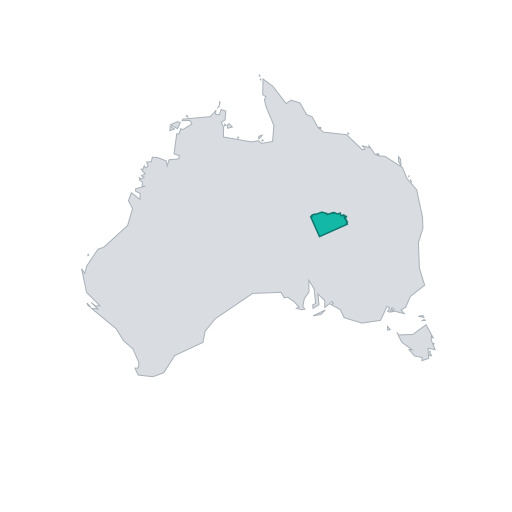 Bulloo, Queensland, Australia (highlighted), rotated 336°
{"feature_id": "25037944B79296808644120", "entity_name": "Bulloo", "entity_type": "district", "adm_level": 2, "iso_a3": "AUS", "parent_name": "Australia", "parent_adm1": "Queensland", "projection": "mercator", "projection_center": [143.553, -27.831], "detail": "fine", "context": "in_parent", "style": "filled", "palette": "teal", "viewbox_px": 512, "rotation_deg": 336, "n_neighbors": 0, "source": "geoboundaries", "source_scale": "gbopen_adm2", "svg_char_len": 6239}
<svg xmlns="http://www.w3.org/2000/svg" viewBox="0 0 512 512"><g transform="rotate(336 256 256)"><path d="M340.5,108.0L345.5,129.0L351.6,127.9L358.5,134.2L359.7,147.2L363.9,151.7L364.9,163.9L367.9,170.2L388.2,182.1L396.2,201.9L398.6,202.9L398.9,199.3L403.4,203.0L404.1,201.2L406.0,211.3L408.6,214.3L414.4,217.5L425.8,234.9L425.4,246.6L429.7,260.9L423.9,288.2L419.9,298.3L409.8,309.9L400.4,333.3L398.2,351.3L380.6,355.7L371.9,363.7L366.5,364.4L368.0,369.0L359.5,362.3L360.7,360.7L360.1,359.1L358.6,359.0L355.7,361.9L353.7,360.1L357.1,357.4L355.1,355.4L343.6,365.4L325.5,360.4L311.5,348.3L311.1,339.0L304.6,330.6L307.3,331.0L307.2,328.5L297.9,331.0L300.7,324.8L297.1,315.9L293.7,326.1L286.8,327.1L287.9,323.7L291.1,323.7L295.7,309.9L294.4,299.7L289.8,310.4L282.9,314.5L278.3,321.0L279.0,324.4L276.2,323.9L271.7,320.3L274.5,320.2L272.5,313.8L268.3,306.6L264.7,305.6L264.1,299.4L237.7,288.8L193.1,296.8L178.8,304.1L172.5,313.3L141.3,313.9L124.3,325.1L112.8,324.4L99.9,316.8L99.8,309.2L102.9,310.5L105.7,305.9L105.8,290.8L100.5,279.4L98.6,265.5L84.4,236.9L89.9,240.0L86.6,231.4L89.0,236.4L93.2,238.0L86.4,220.4L91.5,196.7L92.5,202.3L97.4,196.2L114.4,185.5L120.4,186.1L151.1,175.9L162.6,162.4L161.9,153.7L167.9,147.5L173.0,157.1L175.7,151.8L172.4,147.9L173.4,145.6L183.3,147.2L180.2,146.2L182.3,142.4L180.5,139.1L185.8,138.6L183.9,136.1L188.3,135.8L186.8,132.2L190.6,128.1L190.9,130.6L194.0,130.2L194.3,125.7L198.7,127.3L201.5,123.6L206.3,126.2L212.6,132.5L211.5,137.6L215.8,132.7L224.9,135.9L226.7,133.2L222.7,129.3L233.3,112.1L235.4,113.2L239.0,109.0L240.3,110.8L251.1,109.4L250.8,105.3L243.5,102.3L244.7,101.2L270.9,110.1L278.5,106.8L276.7,110.2L279.9,112.1L283.8,108.0L287.3,111.4L283.1,119.1L278.6,119.8L278.8,125.3L274.5,134.0L298.4,150.0L304.9,151.6L307.0,155.4L317.7,158.1L325.4,144.2L325.9,124.1L327.2,116.6L329.9,114.8L327.8,111.4L334.4,97.1L340.5,108.0ZM353.7,385.9L367.3,391.5L383.5,388.0L384.6,403.5L383.5,400.7L381.9,404.0L381.5,414.5L375.7,410.2L372.1,419.8L365.0,419.1L366.4,416.3L360.2,411.8L357.8,403.7L360.5,405.1L354.1,394.1L353.7,385.9ZM231.3,101.3L238.8,101.3L241.1,103.4L236.1,107.7L231.3,101.3ZM283.8,333.9L297.3,333.5L291.6,335.8L283.8,333.9ZM285.3,124.2L286.8,128.5L282.1,127.8L282.8,124.7L285.3,124.2ZM425.1,232.8L424.7,227.6L426.6,223.2L427.4,226.3L425.1,232.8ZM379.7,377.0L384.2,378.3L384.4,380.4L379.7,377.0ZM230.5,102.6L233.1,106.8L228.3,106.5L230.5,102.6ZM348.7,377.9L346.2,377.3L347.5,373.8L348.7,377.9ZM310.8,148.2L308.5,149.5L306.2,150.2L307.3,147.7L310.8,148.2ZM84.4,235.7L82.5,233.1L82.3,230.8L82.6,230.6L84.4,235.7ZM383.4,382.4L385.1,383.9L381.8,382.7L383.4,382.4ZM407.6,212.0L409.4,212.0L409.3,214.3L407.6,212.0ZM365.5,163.7L367.5,165.0L367.2,165.8L365.5,163.7ZM375.6,415.9L375.8,418.5L374.0,417.7L375.6,415.9ZM428.1,248.6L428.3,251.6L428.0,251.5L428.1,248.6ZM250.4,101.1L249.2,100.0L250.0,99.4L250.4,101.1ZM285.5,101.3L283.7,103.5L285.9,99.8L285.5,101.3ZM428.4,245.1L427.5,246.1L428.1,245.0L428.4,245.1ZM288.3,140.6L287.3,141.0L287.8,140.0L288.3,140.6ZM281.6,124.1L280.3,124.3L281.1,122.9L281.6,124.1ZM103.6,185.6L103.2,187.4L102.6,187.3L103.6,185.6ZM332.1,96.1L332.1,97.6L331.6,96.5L332.1,96.1ZM358.6,359.9L358.9,361.0L358.5,360.7L358.6,359.9ZM283.2,104.1L280.8,105.5L283.3,103.7L283.2,104.1ZM187.0,130.1L186.1,131.1L186.6,129.9L187.0,130.1ZM376.5,414.0L375.7,414.5L376.2,413.6L376.5,414.0ZM309.7,153.3L308.3,153.3L309.0,152.4L309.7,153.3ZM181.9,137.9L181.2,138.4L181.2,137.1L181.9,137.9ZM383.1,408.6L381.9,409.3L382.3,407.9L383.1,408.6ZM333.0,92.2L332.8,93.2L332.1,92.7L333.0,92.2ZM357.9,361.4L359.1,362.5L357.2,362.2L357.9,361.4ZM390.6,182.0L389.7,182.1L390.1,180.9L390.6,182.0ZM398.2,199.2L397.7,199.2L398.0,198.2L398.2,199.2ZM354.2,384.1L353.9,385.0L353.6,383.8L354.2,384.1Z" fill="#d9dde1" stroke="#a8b0b8" stroke-width="1"/><path d="M351.6,264.1L351.5,263.7L351.7,263.4L351.8,263.4L352.0,263.4L352.2,263.2L352.3,263.2L352.4,263.3L352.4,263.2L352.5,263.2L352.5,262.9L352.5,262.7L352.8,262.5L352.8,262.4L352.9,262.2L353.0,262.2L353.3,262.1L353.1,261.8L352.8,261.5L352.9,261.4L353.0,261.4L353.1,260.6L353.2,260.0L352.6,259.9L352.6,259.7L352.7,259.3L352.8,259.2L352.9,258.5L353.0,258.5L353.0,258.4L353.0,257.8L352.3,257.7L352.4,257.4L352.4,257.0L352.5,257.0L352.5,256.9L353.7,257.1L354.5,257.2L354.6,256.8L354.6,256.5L354.2,256.4L354.2,256.1L353.7,256.0L353.0,255.9L353.0,255.6L353.1,254.9L352.9,254.9L352.6,254.9L352.6,254.5L352.7,254.1L352.4,254.1L352.2,254.1L351.3,254.0L351.1,253.9L350.0,253.7L350.1,253.4L350.1,253.2L350.2,252.9L350.1,252.5L350.2,252.1L350.2,251.4L350.3,251.0L350.0,251.0L349.2,250.9L348.8,250.9L348.6,250.9L348.3,250.9L348.0,250.8L347.9,250.8L347.7,250.8L347.4,250.8L346.7,250.0L346.1,249.1L345.1,248.3L345.1,248.6L343.9,248.4L344.0,247.8L343.4,247.8L343.4,247.6L342.4,247.5L341.7,247.5L341.7,247.4L340.3,247.3L337.8,247.0L338.0,246.4L338.0,246.1L338.0,245.9L337.8,245.8L337.7,245.8L337.0,245.2L337.0,245.3L336.4,244.7L336.0,244.3L335.4,243.9L334.1,242.8L334.1,242.7L333.8,242.7L333.6,242.7L333.0,242.7L332.7,242.7L332.0,242.6L331.8,242.6L330.9,242.5L330.4,242.5L329.3,242.4L329.0,242.3L328.7,242.3L328.4,242.2L328.1,242.2L327.9,242.2L327.7,242.2L326.9,242.1L326.6,241.6L325.3,241.5L324.1,241.5L323.8,241.5L323.7,241.9L323.1,241.8L323.0,242.6L322.4,242.5L321.9,242.5L321.9,243.9L321.9,245.7L321.9,246.6L321.9,247.5L321.9,248.0L321.9,249.7L321.9,250.6L321.9,251.0L321.9,253.2L321.9,253.6L321.9,254.4L321.9,255.0L321.9,255.8L321.9,257.0L321.9,257.9L321.9,258.6L321.9,258.8L321.9,259.2L321.9,259.6L321.9,261.1L321.9,264.1L322.0,264.1L322.3,264.1L322.9,264.1L323.6,264.1L324.5,264.1L325.1,264.1L325.8,264.1L326.2,264.1L326.5,264.1L327.0,264.1L327.4,264.1L327.9,264.1L328.7,264.1L329.6,264.1L329.8,264.1L330.0,264.1L330.3,264.1L330.5,264.1L331.3,264.1L331.5,264.1L331.9,264.1L332.1,264.1L332.5,264.1L333.0,264.1L333.9,264.1L334.7,264.1L335.6,264.1L336.4,264.1L336.5,264.1L337.3,264.1L338.1,264.1L339.0,264.1L340.5,264.1L340.9,264.1L341.5,264.1L342.0,264.1L342.4,264.1L342.9,264.1L343.3,264.1L344.1,264.1L344.9,264.1L345.4,264.1L345.7,264.1L346.3,264.1L347.1,264.1L347.5,264.1L347.8,264.1L348.0,264.1L348.4,264.1L348.5,264.1L349.0,264.1L349.7,264.1L350.4,264.1L350.6,264.1L350.9,264.1L351.0,264.1L351.3,264.1L351.6,264.1Z" fill="#14b8a6" stroke="#0f766e" stroke-width="1.5"/></g></svg>